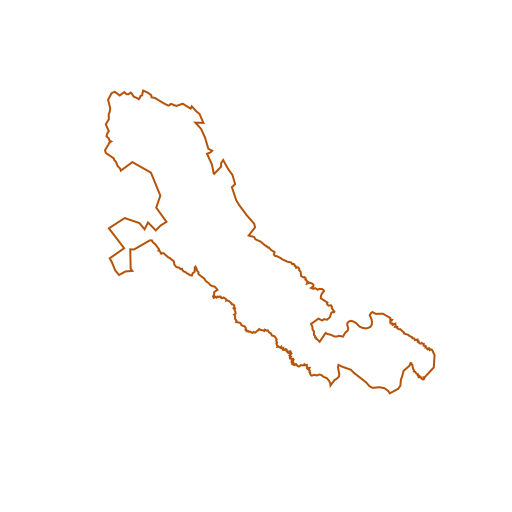 outline of Cuetzala del Progreso, Guerrero, Mexico, rotated 303°
{"feature_id": "50627088B8879527191332", "entity_name": "Cuetzala del Progreso", "entity_type": "district", "adm_level": 2, "iso_a3": "MEX", "parent_name": "Mexico", "parent_adm1": "Guerrero", "projection": "orthographic", "projection_center": [-99.835, 18.107], "detail": "fine", "context": "isolated", "style": "outline", "palette": "amber", "viewbox_px": 512, "rotation_deg": 303, "n_neighbors": 0, "source": "geoboundaries", "source_scale": "gbopen_adm2", "svg_char_len": 6109}
<svg xmlns="http://www.w3.org/2000/svg" viewBox="0 0 512 512"><g transform="rotate(303 256 256)"><path d="M188.0,389.0L194.6,389.4L197.9,390.8L200.0,391.2L202.2,390.3L207.3,385.3L209.6,384.5L210.0,388.1L212.3,397.6L211.4,401.2L210.0,417.2L208.6,422.0L208.9,425.6L213.2,431.0L215.1,435.8L214.8,440.5L213.7,443.0L222.1,447.6L225.9,447.7L231.6,444.7L234.2,444.3L240.0,442.3L247.7,444.5L250.3,443.9L250.7,444.7L249.8,445.7L249.8,446.4L247.0,449.1L246.2,450.7L245.2,451.2L245.6,452.5L244.8,454.4L245.0,456.3L244.1,456.6L244.5,458.4L244.3,458.8L243.1,458.2L243.0,458.6L244.3,461.1L243.4,461.5L243.3,463.3L243.8,463.7L244.7,463.9L245.8,463.0L246.1,463.5L259.4,465.8L270.0,459.8L273.1,455.0L273.0,453.7L271.9,453.0L272.8,452.2L272.9,451.3L271.2,451.1L271.4,449.9L272.1,448.8L271.5,447.9L272.9,447.1L272.1,445.3L273.7,444.5L273.3,443.5L273.4,442.4L272.3,442.1L271.8,440.5L272.6,439.2L272.2,438.5L273.4,438.2L273.1,436.9L273.7,436.7L272.0,435.1L273.0,433.7L272.2,431.8L272.9,431.2L272.5,428.1L272.8,426.6L271.6,422.3L272.4,421.7L273.2,416.8L272.3,415.7L272.5,413.5L273.5,413.1L272.3,411.2L273.4,411.1L275.2,409.7L273.9,408.7L272.6,408.3L272.7,407.7L273.7,407.1L272.8,405.5L274.4,404.1L275.8,405.0L276.6,404.9L275.9,403.2L277.2,402.3L276.7,393.8L272.7,388.0L272.4,384.3L271.3,383.6L268.3,383.6L265.6,387.6L264.0,389.1L261.8,390.4L259.1,390.6L256.3,388.9L254.9,387.3L253.6,383.9L253.2,381.3L254.2,376.7L254.1,373.2L253.3,370.9L251.5,369.5L249.8,369.2L248.0,369.9L245.6,372.7L243.6,373.5L240.1,372.6L235.7,372.8L234.2,368.9L233.1,368.3L231.3,365.9L230.7,361.8L229.4,358.0L229.4,356.3L218.7,356.1L219.5,352.5L219.3,351.8L220.2,350.9L219.8,350.0L221.0,349.3L221.3,347.8L222.3,346.8L224.1,346.0L225.1,343.6L227.6,341.6L228.9,339.1L237.5,342.5L237.9,346.4L238.1,346.8L240.1,347.4L241.2,350.2L244.7,351.3L249.4,350.1L250.4,350.5L251.2,352.0L252.0,352.1L253.5,348.2L254.1,347.5L254.9,347.2L255.5,345.7L253.9,343.9L253.9,343.2L254.5,341.5L255.9,341.3L255.8,333.4L257.7,332.3L260.2,331.7L263.7,332.1L264.3,331.0L264.3,329.6L262.9,327.0L261.3,326.1L261.3,323.2L259.6,321.8L259.2,319.6L261.8,320.6L263.1,319.9L263.4,318.0L263.0,315.7L260.6,313.7L262.6,313.4L262.7,311.8L263.5,310.9L263.2,310.2L264.5,309.5L264.7,308.2L264.0,307.8L263.7,304.9L267.1,302.0L267.6,299.9L268.7,299.3L269.4,297.9L269.3,297.1L267.9,296.1L269.1,294.6L268.8,293.8L269.6,293.1L269.9,291.9L268.9,290.9L269.7,289.1L268.3,285.5L267.4,279.1L267.7,278.4L267.3,274.0L266.4,271.8L267.1,270.1L269.2,269.6L269.6,268.9L269.2,267.8L269.3,265.3L270.1,262.1L269.6,261.6L269.9,260.9L269.7,259.6L270.2,259.2L269.8,257.8L270.6,252.4L269.7,246.5L270.9,244.1L269.2,238.7L279.5,239.6L282.1,236.9L285.1,226.1L289.6,214.0L292.1,208.9L300.6,198.3L304.9,199.3L311.1,192.2L313.7,185.4L318.6,176.2L315.0,176.1L312.0,178.1L302.1,176.2L302.2,175.6L308.7,169.2L315.1,159.2L317.9,161.3L320.4,161.9L320.0,157.6L327.6,148.7L332.7,140.7L334.8,132.5L339.0,139.4L344.4,131.2L344.7,127.8L346.5,120.6L344.0,120.9L343.8,111.6L338.4,107.4L338.2,105.7L337.6,105.0L337.8,103.7L337.3,102.1L336.8,101.5L335.5,101.5L334.4,100.5L333.8,95.7L333.5,85.2L332.2,82.0L333.8,80.5L333.9,79.6L334.0,76.0L333.3,71.2L328.7,73.0L327.2,71.9L325.8,72.4L323.6,72.3L323.7,70.2L323.0,66.8L324.9,62.5L324.8,61.9L322.1,60.9L321.2,59.3L321.7,56.3L316.4,54.3L316.8,48.1L313.9,46.2L306.4,46.9L300.6,53.2L298.0,54.5L294.5,55.4L290.6,58.1L284.6,58.3L280.5,64.6L278.0,64.5L275.0,65.4L274.4,68.6L272.9,70.2L273.2,72.2L270.4,71.2L269.0,71.6L263.3,71.7L262.5,71.8L261.0,73.4L260.6,74.4L260.4,83.7L259.5,84.4L258.6,87.4L256.0,91.0L255.3,94.5L253.9,96.1L267.4,101.2L268.7,122.5L254.5,142.9L242.2,146.0L235.9,162.3L229.6,159.4L222.9,158.0L225.3,147.2L217.7,148.0L220.1,140.3L216.3,125.2L199.1,117.5L190.7,141.2L174.4,134.6L172.2,138.7L167.2,145.8L165.5,151.5L172.0,155.0L176.1,160.4L177.1,157.8L193.1,146.9L195.1,150.2L210.4,158.0L211.5,158.7L212.4,160.4L211.5,161.5L210.9,165.4L208.8,171.0L207.4,171.3L207.8,172.0L207.4,173.7L206.2,174.7L206.5,175.6L207.3,175.8L208.0,177.0L207.1,182.8L207.4,185.7L207.0,186.3L207.0,189.3L206.6,190.2L204.3,192.2L203.3,195.4L204.4,197.9L203.9,199.8L205.0,200.9L203.9,202.3L203.7,204.1L204.1,205.6L203.8,207.7L204.2,208.9L203.9,209.9L204.3,212.2L204.7,212.9L206.9,212.3L209.4,213.1L213.0,210.9L214.1,211.0L213.3,212.7L211.6,214.5L211.0,216.7L209.7,217.3L209.3,218.6L208.9,224.8L207.7,227.5L207.4,231.4L206.8,233.2L206.8,235.0L207.8,238.2L206.7,242.1L203.0,240.6L200.7,242.0L198.7,242.0L197.9,243.3L198.6,243.8L199.6,243.6L199.6,245.6L201.0,245.7L201.1,247.0L202.4,247.7L202.6,248.5L201.8,249.9L202.4,250.9L203.4,251.2L203.6,251.7L203.4,254.8L202.4,255.3L203.0,255.7L203.5,258.0L203.0,261.0L202.3,261.9L202.8,262.8L202.7,264.6L201.4,265.6L200.2,265.5L200.6,267.0L199.2,267.1L198.3,268.8L196.7,270.2L194.9,269.6L194.8,270.4L193.0,272.2L191.8,272.6L191.1,275.0L189.8,275.3L191.2,278.8L191.1,279.8L190.0,281.6L190.8,284.8L190.0,286.7L188.5,287.3L188.9,288.1L187.7,289.1L188.8,290.3L188.6,291.3L189.3,292.0L189.6,295.0L190.9,295.4L191.3,297.1L194.4,297.9L195.1,298.5L196.4,298.4L196.5,300.2L197.6,302.7L197.6,303.7L199.1,303.6L199.1,305.5L200.1,306.4L199.0,308.5L199.2,310.6L198.0,312.6L198.8,315.3L197.3,318.8L196.1,318.9L195.0,320.8L193.9,320.6L192.6,322.1L192.4,323.3L191.5,323.4L192.3,324.3L192.3,326.4L193.7,326.6L192.6,327.8L193.0,328.3L192.6,329.0L193.3,329.2L192.1,329.9L193.0,331.3L194.0,331.4L194.2,332.7L192.9,333.4L193.4,335.0L192.5,334.9L192.3,335.8L193.0,337.0L194.1,336.2L194.8,336.4L194.8,336.8L193.4,338.9L190.9,338.2L190.5,339.3L190.8,340.2L189.9,340.3L190.1,339.7L189.6,339.4L188.5,340.4L189.4,342.6L190.0,343.1L189.6,343.9L188.9,344.0L188.1,343.0L187.4,343.0L186.5,343.6L187.5,344.4L187.3,345.3L186.4,345.4L185.7,344.9L185.1,345.1L185.4,347.6L185.9,348.0L186.7,347.7L187.2,348.4L186.4,350.6L186.6,352.0L187.0,352.5L188.7,352.9L190.5,355.9L191.6,355.6L191.5,357.3L192.3,358.0L189.5,360.1L189.4,360.6L190.4,360.7L191.3,361.8L189.6,361.9L189.2,362.5L189.2,363.6L187.8,364.0L187.6,365.1L186.5,365.7L186.0,366.9L186.0,367.9L188.1,369.6L189.0,372.2L191.2,373.7L191.8,376.1L191.4,378.0L192.1,382.1L191.1,385.3L189.5,387.8L188.0,389.0Z" fill="none" stroke="#b45309" stroke-width="2"/></g></svg>